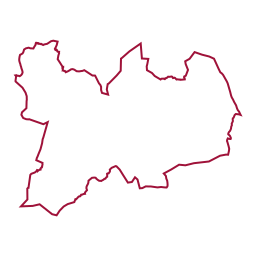 outline of Hawul, Borno, Nigeria
{"feature_id": "59680162B65118596491840", "entity_name": "Hawul", "entity_type": "district", "adm_level": 2, "iso_a3": "NGA", "parent_name": "Nigeria", "parent_adm1": "Borno", "projection": "natural_earth1", "projection_center": [12.218, 10.459], "detail": "fine", "context": "isolated", "style": "outline", "palette": "rose", "viewbox_px": 256, "rotation_deg": 0, "n_neighbors": 0, "source": "geoboundaries", "source_scale": "gbopen_adm2", "svg_char_len": 4999}
<svg xmlns="http://www.w3.org/2000/svg" viewBox="0 0 256 256"><path d="M15.4,75.4L16.1,76.3L15.5,81.0L15.6,81.5L22.5,87.7L25.5,92.6L26.7,96.2L26.8,99.9L26.6,100.9L26.4,108.2L22.0,112.3L21.4,114.8L23.2,118.0L26.2,119.2L28.4,119.4L29.1,119.2L43.4,124.2L47.7,122.1L43.3,137.6L42.7,139.1L42.7,139.3L42.6,139.6L42.1,143.2L40.5,149.2L38.6,153.8L37.6,156.4L36.8,158.1L36.3,160.2L42.5,162.9L42.4,163.6L42.5,164.1L42.5,164.7L42.3,165.3L42.2,165.8L42.2,166.2L41.9,166.5L41.9,167.0L41.9,167.4L41.1,167.9L40.6,168.4L40.4,168.8L40.4,169.2L40.6,169.4L40.6,169.6L40.2,169.7L39.5,169.8L38.5,170.4L37.8,171.0L37.7,170.2L37.1,170.0L36.3,171.3L34.8,172.5L31.3,173.8L30.3,174.9L28.5,187.7L28.5,187.8L27.9,187.9L27.3,188.6L27.4,199.5L21.0,206.4L32.7,205.9L39.6,204.3L52.1,214.2L56.6,215.3L59.7,210.6L63.7,206.5L67.7,204.1L74.3,202.1L75.4,199.2L76.0,199.4L77.1,198.3L78.2,197.0L79.2,196.3L79.9,196.4L80.3,196.1L80.6,195.8L80.8,195.2L81.2,194.7L81.9,194.7L82.7,194.4L83.5,194.0L85.0,193.8L84.8,193.1L85.1,192.4L85.8,191.5L87.0,190.2L86.4,188.2L86.5,186.9L87.0,185.6L87.8,184.2L88.2,183.2L88.4,182.2L88.5,180.7L89.3,180.0L92.0,177.8L94.0,177.6L94.9,177.6L95.7,177.8L96.3,178.7L97.8,179.9L99.2,180.8L100.4,180.8L101.2,181.0L102.1,180.4L103.5,179.7L104.4,178.8L105.4,178.7L106.1,177.5L107.2,176.7L107.2,175.7L107.1,173.7L108.0,173.3L108.6,173.4L109.7,171.9L110.0,171.0L109.8,169.6L111.7,167.8L115.6,166.1L116.5,166.3L119.7,169.6L123.0,174.9L127.9,182.6L131.9,182.0L135.0,177.3L137.5,179.5L139.8,188.3L142.3,188.1L145.7,186.4L151.1,186.5L157.4,187.4L161.1,187.0L164.5,187.4L166.6,187.5L167.4,186.4L167.6,185.2L167.5,183.0L167.2,180.7L166.3,178.6L166.1,177.2L165.9,176.0L163.8,173.5L171.2,169.5L179.1,164.7L185.4,165.3L193.9,163.2L208.9,161.5L220.1,155.7L226.0,154.6L228.1,154.7L228.5,152.9L228.9,151.2L229.2,148.8L228.6,146.2L228.0,144.1L227.4,142.0L227.0,141.0L227.2,139.7L227.8,138.4L229.1,138.9L230.6,139.0L230.9,138.1L230.5,137.1L229.9,135.8L229.1,135.0L228.3,134.4L228.3,133.4L229.0,132.0L230.1,130.8L231.0,128.7L231.2,126.8L231.9,125.1L231.7,123.7L232.5,122.0L232.9,121.0L232.7,119.6L232.8,118.4L233.5,117.8L234.0,116.8L234.3,115.9L234.7,115.0L235.8,114.0L236.7,114.1L239.1,114.4L240.6,114.9L239.9,113.5L239.1,111.7L237.8,110.1L237.0,108.3L236.1,105.4L234.1,101.9L233.0,99.5L231.8,97.5L231.1,95.6L230.1,91.6L229.5,89.6L227.7,83.4L226.9,81.6L223.1,74.9L221.8,73.4L220.3,72.3L218.6,68.8L214.0,58.7L209.2,56.5L202.1,54.7L194.6,52.1L189.6,58.8L185.2,61.3L185.7,64.1L188.0,69.9L185.8,75.7L184.4,76.4L184.2,76.5L184.1,77.0L184.1,77.3L184.1,77.5L184.3,77.7L184.3,77.8L184.6,78.2L184.6,78.4L184.8,79.1L184.8,79.4L183.8,79.5L180.3,79.8L180.1,79.5L178.5,79.5L178.0,79.4L177.8,79.4L177.3,79.3L176.8,79.5L176.5,79.5L176.2,79.2L175.9,78.9L175.5,78.4L175.1,78.0L174.8,77.8L174.4,77.7L173.9,77.9L173.4,78.0L173.0,78.1L172.7,77.7L172.5,77.3L172.3,76.8L171.8,76.6L171.3,76.5L171.0,76.6L170.2,76.7L169.7,76.8L169.2,76.8L168.7,76.8L168.3,76.7L168.1,76.7L167.9,76.9L167.6,77.2L167.3,77.4L167.1,77.7L166.8,77.8L166.4,78.1L166.1,78.2L165.4,78.2L165.1,78.4L165.1,78.8L164.9,79.1L164.5,79.1L164.0,78.8L163.4,78.6L162.9,78.7L162.4,78.7L161.8,78.7L161.3,78.8L160.6,79.5L154.7,76.0L152.0,73.0L147.0,70.2L146.7,66.4L147.3,64.1L148.3,58.9L141.9,58.5L140.7,43.5L129.4,51.4L122.0,57.9L121.0,58.6L120.7,70.8L116.6,75.6L108.7,83.6L107.7,84.1L106.8,89.4L108.1,94.6L102.0,92.9L101.1,90.0L101.1,86.8L100.3,84.9L99.0,83.4L95.1,75.6L94.7,75.5L92.4,75.5L84.3,70.2L83.4,70.5L82.6,70.9L81.5,71.0L79.1,71.4L76.6,71.2L74.4,69.7L72.7,69.1L71.1,69.3L69.8,70.2L67.7,71.4L65.8,72.2L65.7,72.0L65.6,71.8L65.6,71.7L65.4,71.5L65.4,71.4L65.2,71.3L65.1,71.2L65.0,71.3L64.9,71.2L64.7,71.2L64.4,70.9L63.9,70.9L63.7,70.8L63.4,70.7L63.1,70.5L63.0,70.4L62.9,70.4L63.0,70.2L62.9,70.0L62.9,69.9L62.9,69.7L62.8,69.4L62.7,69.2L62.5,68.8L62.6,68.7L62.8,68.6L62.9,68.4L62.8,68.1L62.7,68.0L62.7,67.8L62.7,67.7L62.8,67.7L62.8,67.4L62.8,67.5L63.0,67.6L63.2,67.4L63.2,67.2L63.0,67.3L63.0,67.2L62.8,66.9L62.7,66.9L62.6,67.1L62.4,67.1L62.4,66.9L62.5,66.7L60.0,62.7L57.7,59.2L58.4,55.4L58.6,54.8L58.7,54.5L59.0,53.5L59.1,53.3L59.1,52.9L58.9,52.3L59.0,51.9L58.8,51.9L58.6,51.8L58.2,51.8L57.7,51.7L57.4,51.5L57.3,51.3L57.4,51.1L57.2,50.8L57.1,50.5L56.9,50.1L56.7,49.8L56.5,49.7L56.4,49.6L56.2,49.7L56.1,49.9L56.1,50.0L55.9,50.1L55.7,50.1L55.4,49.9L55.2,49.7L55.3,49.3L55.1,49.0L54.9,48.8L55.1,48.3L55.5,47.8L56.7,45.1L57.6,41.6L53.3,40.7L51.1,41.2L47.2,43.8L44.4,44.4L43.2,45.0L43.0,44.9L42.7,44.8L42.5,44.5L42.3,44.5L41.9,44.4L41.5,44.0L41.3,43.9L41.0,44.1L40.6,44.1L40.1,44.0L39.8,43.7L39.6,43.8L38.6,43.8L38.3,43.1L38.0,43.0L37.7,43.0L37.1,43.5L36.8,43.4L36.5,43.2L36.4,42.8L36.0,42.8L35.8,43.2L35.3,45.4L34.7,46.1L34.0,47.3L33.4,48.5L31.8,48.4L30.3,48.3L29.5,48.0L28.7,47.7L28.1,47.8L27.4,48.0L26.0,48.3L24.1,49.5L23.3,52.2L22.6,53.4L21.5,54.1L20.1,54.8L19.6,56.5L19.3,58.4L19.2,60.0L19.4,61.3L19.9,63.0L20.3,64.0L20.6,65.5L21.1,66.8L21.4,68.2L22.2,70.4L22.6,72.2L22.2,73.7L21.2,75.1L19.7,76.2L18.6,75.8L17.5,75.8L16.5,75.2L15.4,75.4Z" fill="none" stroke="#9f1239" stroke-width="2"/></svg>